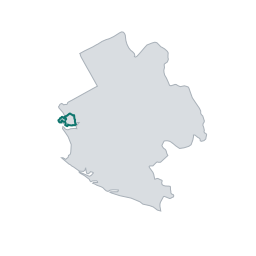 Komo-Mondah, Estuaire, Gabon (highlighted), rotated 331°
{"feature_id": "22940354B10433800471916", "entity_name": "Komo-Mondah", "entity_type": "district", "adm_level": 2, "iso_a3": "GAB", "parent_name": "Gabon", "parent_adm1": "Estuaire", "projection": "robinson", "projection_center": [9.643, 0.423], "detail": "fine", "context": "in_parent", "style": "outline", "palette": "teal", "viewbox_px": 256, "rotation_deg": 331, "n_neighbors": 0, "source": "geoboundaries", "source_scale": "gbopen_adm2", "svg_char_len": 4722}
<svg xmlns="http://www.w3.org/2000/svg" viewBox="0 0 256 256"><g transform="rotate(331 128 128)"><path d="M170.8,43.5L170.6,45.5L168.6,50.3L167.7,54.1L167.5,58.1L168.0,61.3L169.0,63.6L169.6,66.1L169.1,67.9L168.2,68.6L168.8,69.5L170.3,69.7L172.8,68.9L176.5,67.6L181.5,65.7L184.8,64.6L190.2,65.3L193.1,66.0L194.6,67.4L196.2,73.1L196.9,74.0L198.3,76.4L199.4,79.4L199.6,80.8L199.5,81.9L198.4,83.5L197.1,85.8L196.7,87.3L195.7,88.3L194.4,89.3L190.8,89.7L190.2,90.4L189.2,92.8L187.3,94.9L186.4,96.9L185.7,99.6L185.8,102.9L185.4,107.6L185.0,110.8L186.0,111.9L190.3,112.7L191.2,113.3L192.3,115.3L193.8,117.2L197.7,118.4L199.2,119.8L200.5,121.3L200.6,122.6L199.7,127.8L198.9,132.7L199.2,136.5L199.5,140.0L200.0,145.3L199.8,148.4L198.7,150.4L198.7,151.9L199.2,153.8L198.2,158.8L197.5,159.7L195.8,160.6L194.8,162.0L194.5,164.1L193.6,167.1L192.6,168.2L192.6,169.5L193.5,170.5L193.5,172.0L191.8,173.9L190.7,175.3L188.3,175.9L185.7,175.2L185.0,174.2L185.7,172.6L185.4,171.4L184.5,170.0L183.1,166.6L181.8,165.9L181.1,167.3L178.9,169.9L175.1,173.2L172.3,173.5L167.4,172.5L163.2,170.9L161.2,167.0L160.0,163.8L158.2,160.0L156.2,158.2L154.0,157.1L153.1,157.0L150.0,159.1L149.1,159.9L149.1,161.7L149.4,163.3L149.9,164.1L150.3,165.2L150.2,166.8L149.6,169.0L149.5,171.4L139.9,173.7L138.2,172.9L137.0,171.8L135.5,172.0L131.4,173.2L129.8,172.3L128.3,171.7L127.6,172.2L127.6,173.3L128.3,178.9L128.0,181.1L127.1,183.9L126.6,185.8L129.2,186.3L130.1,187.2L131.0,188.6L132.2,190.0L132.3,190.8L130.9,192.2L130.4,194.0L131.1,195.5L132.8,197.0L135.3,198.5L136.6,199.5L136.4,200.4L135.3,202.4L134.8,204.1L134.0,205.6L134.2,207.0L135.3,208.2L135.2,209.4L134.4,210.3L132.8,210.1L131.5,210.2L130.3,209.9L126.6,205.4L125.8,205.2L120.3,208.7L119.0,210.1L117.9,212.1L116.4,216.5L113.9,214.0L111.8,209.3L109.3,206.4L104.1,201.8L102.7,198.4L96.7,190.8L88.1,183.3L81.9,176.7L81.0,175.3L82.0,175.5L88.0,178.7L88.8,178.4L89.5,177.6L86.9,175.9L84.5,174.6L82.2,173.7L79.8,173.8L78.5,172.4L77.7,170.3L77.3,168.5L76.2,166.6L72.9,162.8L72.1,161.3L70.3,159.2L71.4,158.9L75.0,160.9L75.3,160.1L75.0,159.0L71.4,157.1L69.5,157.0L69.1,155.7L69.3,154.2L66.8,148.5L64.2,144.3L63.7,142.3L70.8,151.5L71.8,151.6L73.0,151.6L76.0,150.5L75.4,149.3L74.1,148.0L72.8,148.6L71.1,148.7L70.3,148.2L69.9,147.2L71.5,142.7L70.8,143.0L70.3,143.8L69.4,144.1L68.0,144.4L64.5,142.0L61.4,135.5L60.5,134.2L59.7,132.0L58.9,131.0L55.4,121.8L56.7,122.5L58.3,125.2L61.5,124.6L62.7,123.1L63.8,123.2L64.9,122.8L66.3,121.3L70.3,115.0L71.4,106.7L71.0,101.7L70.4,96.8L71.7,95.2L72.3,96.3L72.5,98.0L73.2,99.3L74.6,100.5L77.3,100.8L81.4,102.6L82.9,103.8L83.3,101.4L88.0,99.5L86.6,98.8L82.4,99.5L76.6,96.6L74.6,94.7L72.9,91.2L71.0,89.3L71.1,87.6L75.3,86.1L76.4,86.3L76.8,88.1L77.9,88.9L78.4,88.6L78.5,87.0L78.6,82.8L77.3,76.8L77.7,75.6L78.8,75.2L79.8,74.4L80.5,74.3L82.0,74.4L82.7,75.8L83.0,76.6L84.5,76.9L85.6,77.7L86.6,77.5L87.5,76.6L88.7,76.4L92.5,76.5L95.9,76.5L102.7,76.5L109.6,76.5L116.4,76.5L121.5,76.6L121.5,73.1L121.5,67.8L121.5,61.5L121.4,55.5L121.4,49.9L121.4,43.3L121.6,41.4L122.0,40.6L121.9,39.5L127.2,39.5L136.7,40.0L140.9,39.9L142.1,40.0L147.3,39.7L151.6,40.1L153.4,40.5L155.0,40.8L160.0,41.1L166.7,40.7L168.9,40.8L170.2,41.7L170.8,43.5Z" fill="#d9dde1" stroke="#a8b0b8" stroke-width="1"/><path d="M86.9,90.5L86.3,90.5L86.0,90.4L85.8,90.1L85.6,89.7L85.5,89.4L85.3,88.9L84.9,88.5L84.7,87.9L84.5,87.5L84.2,87.2L83.4,87.1L83.0,87.3L82.5,87.4L82.1,87.4L81.7,87.4L81.4,87.6L81.0,87.7L80.4,87.7L80.1,87.5L79.5,87.5L78.1,87.5L78.1,87.8L78.3,88.4L78.4,88.8L78.3,89.8L78.2,90.2L77.9,90.5L77.7,90.5L77.8,90.1L78.0,89.7L78.0,89.3L78.0,88.9L78.0,88.4L77.7,88.3L77.5,88.6L77.2,88.8L76.9,88.8L76.8,88.4L76.7,88.1L76.5,87.9L76.4,87.6L76.4,87.3L76.2,87.1L76.0,86.7L75.8,86.3L75.5,86.2L75.2,86.3L74.5,86.7L74.2,86.7L73.9,86.6L73.5,86.5L73.2,86.6L72.9,87.0L72.3,87.2L71.8,87.3L71.2,87.4L70.9,87.5L70.8,87.8L70.7,88.5L70.7,89.2L70.8,89.6L71.0,90.0L71.3,90.2L71.6,90.3L72.1,90.7L72.6,90.3L73.0,89.8L73.4,89.5L73.7,89.3L74.1,89.5L74.2,90.2L74.3,90.6L74.4,91.0L74.6,91.2L74.8,91.4L75.2,91.5L75.5,91.5L75.8,91.7L76.0,91.9L76.0,92.2L75.9,92.6L75.8,93.0L75.8,93.4L75.7,93.8L75.5,94.2L75.2,94.5L74.6,95.1L74.8,95.4L75.1,96.0L75.2,96.3L75.6,96.7L75.8,96.9L76.0,96.9L76.2,96.7L76.4,96.6L76.6,96.5L77.0,96.5L77.2,96.4L77.3,96.2L77.5,96.4L77.6,96.6L77.8,96.9L78.4,97.3L79.4,98.1L80.0,98.5L80.3,98.7L80.6,98.7L80.9,98.7L81.2,98.7L81.4,98.8L81.7,99.1L81.9,99.3L82.6,99.6L83.0,99.8L83.3,99.8L84.1,99.6L84.1,98.9L84.1,98.6L84.2,98.2L84.3,97.9L84.5,97.7L84.6,97.2L84.6,96.9L84.7,96.7L84.8,96.4L85.1,96.0L85.2,95.7L85.4,95.5L85.6,95.3L85.7,94.9L85.7,94.7L85.6,94.3L85.7,93.9L85.8,93.5L86.0,93.0L86.2,92.7L86.3,92.4L86.5,92.0L86.7,91.6L86.9,91.0L87.0,90.8L87.0,90.7L86.9,90.5Z" fill="none" stroke="#0f766e" stroke-width="2"/></g></svg>